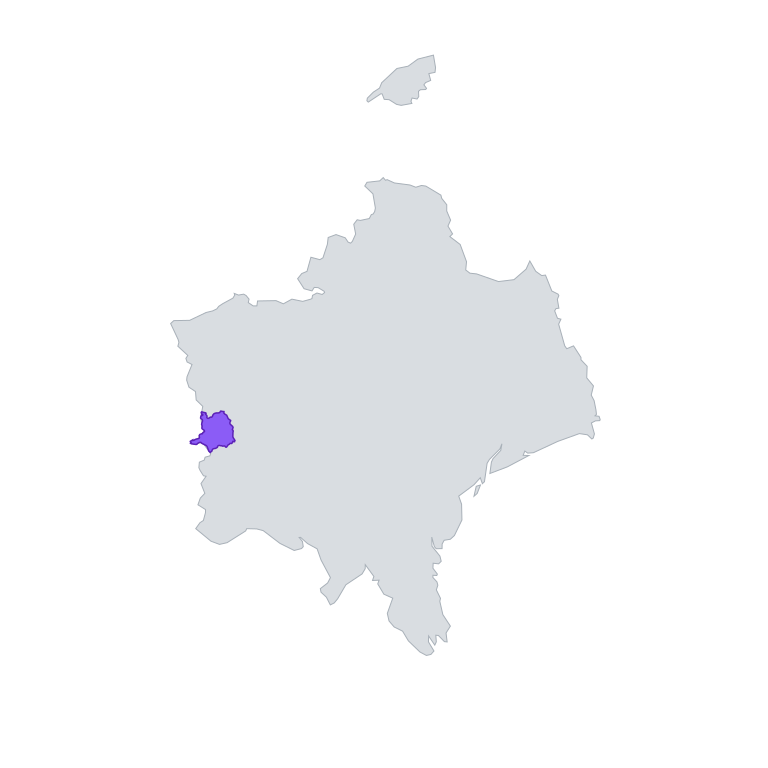 Ardennes on a map of France (Albers equal-area conic projection), rotated 233°
{"feature_id": "FRA-5268", "entity_name": "Ardennes", "entity_type": "Metropolitan department", "adm_level": 1, "iso_a3": "FRA", "parent_name": "France", "parent_adm1": "", "projection": "albers", "projection_center": [4.734, 49.698], "detail": "fine", "context": "in_parent", "style": "filled", "palette": "violet", "viewbox_px": 768, "rotation_deg": 233, "n_neighbors": 0, "source": "natural_earth", "source_scale": "10m", "svg_char_len": 6319}
<svg xmlns="http://www.w3.org/2000/svg" viewBox="0 0 768 768"><g transform="rotate(233 384 384)"><path d="M546.5,318.9L542.6,321.3L540.2,326.0L537.7,327.1L533.0,327.3L530.7,324.6L525.1,326.5L522.9,329.5L526.4,333.0L515.6,347.9L508.6,351.9L507.2,361.5L498.9,368.8L495.9,376.4L495.6,377.9L497.8,380.3L497.0,385.2L492.7,388.5L492.8,391.6L494.1,392.0L500.6,389.4L503.1,386.4L501.7,382.5L508.2,377.5L520.1,378.4L521.7,384.8L520.3,390.3L529.2,401.9L521.9,407.6L521.5,411.2L529.6,422.8L534.6,427.6L532.2,435.6L524.1,441.0L518.9,440.7L516.6,442.1L516.9,444.5L520.8,451.6L529.8,456.0L531.3,461.4L528.9,463.5L525.0,471.8L526.9,475.8L526.3,477.6L527.3,480.3L529.7,483.0L542.5,489.6L553.7,487.8L555.3,491.8L548.8,502.8L549.3,507.6L545.8,507.8L545.3,509.5L538.3,513.3L527.3,524.5L522.0,527.8L520.0,533.4L516.9,536.5L500.6,543.1L497.5,541.8L489.4,542.0L484.4,538.2L474.8,535.8L471.6,530.1L462.6,529.1L462.1,525.3L449.6,528.8L432.0,523.5L425.9,517.9L420.8,519.3L416.2,524.2L396.9,537.1L389.1,550.6L390.2,566.6L394.5,574.5L382.7,573.0L375.7,575.2L373.8,578.5L357.3,574.0L351.0,577.1L349.3,576.8L347.3,573.4L339.3,569.3L340.7,566.7L339.7,564.3L332.1,562.1L329.3,564.3L326.7,559.5L305.7,551.3L302.2,551.2L300.4,558.3L286.7,557.3L284.8,555.9L275.9,556.9L266.9,549.6L256.4,550.1L250.4,542.8L244.3,541.8L235.8,537.7L231.9,535.4L231.6,533.4L228.8,536.3L225.6,535.3L224.9,534.3L227.3,530.7L228.1,526.2L217.5,522.0L214.9,518.6L215.0,516.9L221.0,515.9L226.8,510.2L233.6,488.2L239.2,462.0L242.3,457.2L245.7,456.1L243.3,452.2L239.7,456.7L243.6,432.6L248.8,414.7L257.0,422.8L258.8,426.2L260.7,437.3L265.3,442.2L262.4,437.5L260.3,422.8L258.6,418.6L245.5,405.4L245.2,402.6L251.2,404.5L249.4,395.3L249.5,376.2L241.3,373.6L228.5,364.4L220.6,349.0L220.1,343.5L223.0,338.0L221.2,334.1L217.6,331.3L221.0,326.6L223.7,326.3L233.0,330.0L225.6,324.7L212.9,325.1L208.0,323.0L207.5,319.4L211.3,315.4L207.4,312.2L200.1,312.2L199.3,310.9L201.8,308.0L200.1,306.6L194.1,307.2L190.9,305.9L188.1,301.9L178.8,300.1L176.9,297.8L164.4,292.2L150.7,291.3L147.8,283.7L140.0,279.2L141.9,277.2L150.4,276.1L152.2,274.2L146.6,270.6L144.9,267.4L155.9,268.0L151.3,264.3L140.7,263.2L139.8,258.7L141.7,254.5L148.4,251.4L164.2,248.9L175.4,250.1L183.8,245.9L191.7,245.4L198.8,248.6L207.7,262.1L216.2,257.4L228.1,258.7L230.3,262.0L234.0,256.6L236.4,260.1L251.0,260.3L247.8,257.8L245.5,252.2L246.6,232.7L240.4,217.8L239.1,212.5L239.9,208.2L248.4,209.7L255.6,208.4L258.9,210.0L259.0,219.2L261.6,224.7L281.3,227.8L292.6,231.4L302.6,226.9L311.7,225.1L312.5,223.9L307.3,224.1L302.7,221.6L302.2,219.1L305.1,212.1L319.3,205.0L339.6,199.3L344.9,195.1L351.1,187.3L349.9,185.1L351.7,163.2L354.9,156.1L362.6,151.2L381.8,146.6L384.0,153.6L383.7,157.6L388.6,163.9L391.1,165.9L399.5,162.7L403.4,168.6L404.5,175.1L414.6,177.9L417.4,186.4L419.3,184.6L425.6,185.1L428.6,185.8L432.7,189.5L431.4,194.6L433.2,197.1L431.4,201.7L432.7,203.7L444.4,203.8L447.9,201.7L449.5,197.0L453.1,194.2L454.4,195.1L452.2,203.8L453.8,206.0L454.7,212.3L459.1,212.7L467.8,217.7L475.2,225.8L484.3,224.4L491.4,228.9L498.8,226.3L505.8,228.7L508.3,231.0L515.1,242.4L520.1,240.0L523.7,241.2L524.9,244.5L538.2,242.1L540.7,245.3L543.6,246.4L560.7,250.0L561.1,254.3L551.8,267.1L548.2,284.9L545.5,291.1L544.6,295.7L545.5,298.7L545.2,303.5L543.5,315.0L544.8,318.3L546.5,318.9ZM623.5,551.2L623.0,558.5L626.0,563.5L628.2,584.2L623.3,594.5L623.1,606.6L616.9,621.4L605.7,615.6L602.2,612.3L604.9,606.6L598.4,604.0L599.7,598.6L598.9,595.9L594.5,595.9L594.1,594.5L597.1,590.2L597.0,587.7L592.6,584.7L591.7,581.9L595.5,578.5L593.6,575.7L591.3,575.1L596.2,565.4L599.8,562.3L608.0,559.2L611.2,555.5L616.8,557.1L617.7,556.1L618.6,541.1L620.5,540.8L622.3,542.7L623.5,551.2ZM246.8,396.1L245.3,400.3L240.5,392.5L240.2,388.3L246.8,396.1Z" fill="#d9dde1" stroke="#a8b0b8" stroke-width="1"/><path d="M453.0,193.8L453.1,194.6L453.5,194.7L454.5,194.5L454.8,194.9L454.7,195.7L454.6,196.8L454.5,197.6L454.1,197.3L453.9,197.3L453.4,198.6L453.3,199.1L453.4,199.5L453.3,200.0L452.1,203.1L452.0,203.9L452.4,204.5L453.9,205.2L454.4,206.1L454.5,206.7L454.4,207.1L454.2,207.6L454.1,208.2L454.0,208.4L453.7,208.8L453.6,209.1L453.7,209.3L454.0,209.8L454.1,210.1L454.1,212.0L454.4,212.3L455.2,212.5L455.9,212.3L457.3,211.9L457.9,211.8L458.0,211.8L458.5,212.1L459.7,213.3L460.4,213.7L461.5,214.0L461.9,214.4L463.3,216.3L463.7,216.8L464.3,217.2L465.1,217.4L466.5,217.0L467.2,217.0L467.9,217.7L468.5,218.4L468.7,219.2L468.6,219.3L468.3,219.5L468.2,220.2L468.3,220.7L468.5,220.8L469.0,220.9L469.4,220.6L469.5,220.3L469.6,220.2L469.8,220.2L470.2,220.5L471.2,220.8L471.4,221.0L471.4,221.8L470.8,222.2L470.3,222.5L468.6,224.0L468.0,224.3L467.7,224.3L467.6,224.1L467.5,223.8L467.4,223.5L467.1,223.4L466.8,223.4L465.4,223.5L465.1,223.4L464.8,223.3L463.9,222.4L463.4,222.3L463.0,222.4L462.5,222.7L462.3,223.0L462.2,223.3L462.1,223.6L462.1,223.8L462.1,224.0L462.0,224.4L462.1,224.6L462.0,225.5L461.5,226.0L461.3,226.3L461.2,226.5L461.5,227.6L461.6,227.9L462.0,228.2L462.1,228.4L462.2,228.6L462.2,228.8L462.3,229.1L462.5,229.9L462.6,230.3L462.5,230.9L461.9,232.5L461.3,233.3L460.3,234.8L460.2,235.2L460.1,235.6L460.2,235.9L460.3,236.2L460.5,236.6L460.6,236.9L460.6,237.4L460.4,237.6L459.6,238.2L458.3,239.6L457.1,238.6L456.0,238.7L453.7,239.6L450.0,238.7L447.2,239.6L446.7,239.1L446.1,237.8L445.3,237.2L444.5,237.0L441.2,237.6L440.1,237.3L438.8,235.4L438.5,235.4L438.1,235.5L437.5,235.4L437.0,235.1L436.2,234.2L433.1,231.7L432.1,231.3L428.6,231.0L428.3,230.3L427.9,230.0L428.0,229.6L428.2,229.4L428.5,229.1L429.1,229.0L429.0,228.5L428.4,227.4L428.2,227.0L428.2,226.6L428.4,226.2L429.0,225.6L429.2,225.3L429.1,224.8L429.0,224.4L429.0,224.0L429.1,223.5L429.2,223.1L429.1,222.6L429.0,222.3L428.8,221.9L428.7,221.3L428.4,220.5L428.4,220.2L428.6,219.8L428.9,219.6L429.3,219.5L429.9,219.6L430.3,219.4L430.7,219.1L431.1,218.3L431.4,217.8L431.8,217.5L432.1,217.4L432.4,217.2L432.8,216.6L434.0,215.6L434.3,215.2L434.4,214.8L434.5,214.1L434.3,213.5L433.8,213.0L433.7,212.7L433.9,211.0L434.1,210.4L434.6,209.6L434.9,208.9L435.0,208.6L435.0,208.2L434.9,207.6L434.5,206.8L434.2,206.3L433.9,205.9L434.0,204.8L433.9,204.0L435.9,203.7L440.6,205.1L440.9,205.1L441.8,205.0L446.3,202.8L447.6,202.6L447.9,202.3L448.2,201.8L448.5,201.0L448.7,199.4L448.7,199.1L448.5,198.8L448.5,198.5L448.6,198.0L448.7,197.6L452.1,194.2L453.0,193.8Z" fill="#8b5cf6" stroke="#5b21b6" stroke-width="1.5"/></g></svg>